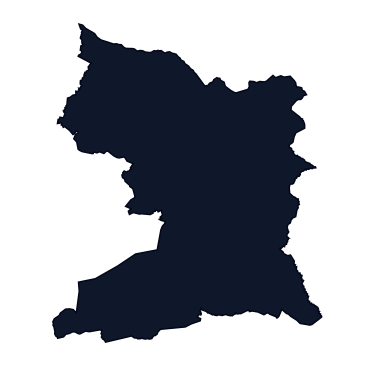 Chai Badan, Lop Buri, Thailand, rotated 95°
{"feature_id": "78962969B13001003054051", "entity_name": "Chai Badan", "entity_type": "district", "adm_level": 2, "iso_a3": "THA", "parent_name": "Thailand", "parent_adm1": "Lop Buri", "projection": "robinson", "projection_center": [101.171, 15.202], "detail": "fine", "context": "isolated", "style": "filled", "palette": "ink", "viewbox_px": 384, "rotation_deg": 95, "n_neighbors": 0, "source": "geoboundaries", "source_scale": "gbopen_adm2", "svg_char_len": 5858}
<svg xmlns="http://www.w3.org/2000/svg" viewBox="0 0 384 384"><g transform="rotate(95 192 192)"><path d="M305.5,52.2L305.0,52.5L304.4,52.0L302.9,53.6L302.3,53.4L301.8,55.3L300.0,54.5L299.1,56.3L297.9,55.7L296.0,56.7L294.6,59.2L295.1,59.7L293.9,60.3L293.9,61.3L293.3,61.5L293.1,63.6L292.4,63.5L292.6,64.3L292.0,65.1L291.3,65.7L290.7,65.4L290.4,66.5L288.9,67.4L287.1,67.1L286.7,67.9L286.7,67.3L285.7,66.8L284.9,68.5L283.5,68.0L282.4,69.6L281.6,69.6L281.7,70.8L281.2,70.1L280.0,71.5L279.0,70.8L278.5,72.0L276.2,72.4L275.7,73.2L276.1,73.5L275.0,73.5L274.1,74.6L269.9,72.9L270.8,73.9L270.4,74.7L269.2,74.7L268.0,76.0L267.3,75.3L265.5,75.2L264.9,77.0L263.3,77.4L263.6,79.1L261.2,80.1L260.6,81.3L257.4,81.3L257.8,82.1L256.9,82.5L256.6,83.5L255.7,83.6L255.4,82.9L254.6,84.2L251.9,84.1L246.2,88.4L247.1,91.1L246.5,92.7L245.4,95.2L243.6,96.2L241.4,99.8L240.0,99.3L240.5,98.4L237.8,96.1L238.3,95.1L236.7,94.9L235.8,93.3L234.2,93.2L233.0,92.4L232.2,92.8L230.3,91.8L229.3,92.2L229.3,91.8L227.9,93.7L226.1,93.7L223.5,92.2L222.6,92.4L222.0,93.5L220.8,93.3L219.3,94.2L216.0,93.6L214.3,91.4L211.4,90.9L209.2,89.5L207.5,86.6L200.6,85.9L198.4,84.8L196.4,85.5L195.0,84.0L193.4,85.1L193.3,84.6L192.1,84.6L191.8,85.2L189.7,85.5L189.6,87.0L188.0,89.4L188.1,90.3L184.8,94.6L179.3,95.5L176.2,95.2L175.5,94.6L175.4,92.9L174.5,91.6L171.2,90.4L170.3,90.8L169.0,89.0L167.2,88.4L167.0,86.6L165.1,85.6L164.1,86.2L162.0,84.5L161.5,83.0L159.9,81.4L160.2,80.3L159.2,80.3L159.2,77.8L157.9,75.6L158.3,74.4L157.8,74.1L157.1,70.8L156.2,71.2L156.4,72.3L155.7,73.9L155.2,73.9L154.1,76.5L153.3,77.0L152.2,81.3L151.4,82.4L150.4,82.7L149.0,84.9L148.8,86.9L147.8,87.5L147.5,89.2L146.4,90.2L146.9,90.7L146.1,93.1L143.8,94.7L143.1,94.2L141.7,96.2L139.9,96.7L138.7,99.4L135.8,98.7L135.1,97.2L133.3,95.7L128.0,95.1L123.9,93.6L118.6,85.3L114.8,85.7L111.1,87.4L111.1,88.4L109.6,88.3L109.3,89.9L107.8,91.3L101.8,100.5L98.1,100.6L91.9,96.1L90.6,94.3L90.3,91.7L88.9,90.4L86.4,89.4L85.1,86.4L81.9,88.7L81.1,91.0L78.6,91.9L78.1,95.3L78.5,96.6L76.2,97.8L76.2,98.3L74.6,98.0L72.4,99.6L68.1,104.3L69.5,110.1L68.5,113.7L70.6,118.1L70.6,119.1L68.8,121.5L75.1,127.5L76.0,129.2L76.0,134.1L77.5,137.3L76.6,139.8L76.6,144.1L78.1,144.8L82.2,144.1L84.9,145.3L89.3,156.3L89.3,158.2L87.6,162.0L83.8,168.1L79.8,169.6L78.3,173.1L76.3,174.3L76.4,176.2L75.9,177.1L78.1,180.0L80.4,180.8L82.2,184.1L84.3,185.1L85.3,188.5L73.9,198.5L72.7,200.3L70.8,201.3L69.3,204.2L66.8,206.5L64.8,210.2L62.7,211.4L61.5,214.4L59.4,215.8L58.8,217.2L56.1,219.9L55.4,224.1L54.3,226.5L54.9,229.2L56.1,231.0L53.8,235.1L54.2,236.5L53.9,238.3L54.7,240.0L54.5,242.1L56.3,244.5L56.8,246.5L56.6,251.1L55.7,253.0L55.5,255.6L56.4,259.0L54.6,261.7L54.3,263.6L54.7,270.3L53.9,272.4L51.4,275.3L51.5,278.3L50.9,279.7L51.4,283.1L48.5,295.8L46.2,299.9L42.7,302.8L38.3,312.1L35.3,315.5L34.6,319.2L39.3,317.1L40.0,315.2L42.8,316.0L44.1,315.4L45.0,316.1L46.4,315.7L46.6,316.4L48.4,316.6L50.2,314.9L53.4,314.6L54.8,313.1L56.1,315.4L60.5,315.6L60.9,314.5L62.1,313.9L64.3,314.7L65.5,316.8L66.7,317.2L72.4,303.7L76.4,306.3L79.6,305.6L80.8,307.7L81.8,307.6L82.0,309.0L84.8,309.8L85.3,309.0L85.6,309.6L86.3,309.4L88.1,311.1L88.4,310.6L89.9,311.2L90.7,312.8L92.0,312.1L92.2,312.9L94.2,312.7L95.2,311.3L98.6,312.7L98.5,313.8L99.6,313.1L99.8,313.8L100.4,313.5L101.7,314.4L101.8,316.1L102.5,315.6L102.0,316.5L105.2,316.1L105.8,318.9L108.3,321.7L109.3,324.2L116.4,324.2L117.0,325.0L118.7,325.0L119.0,325.9L120.4,325.3L120.9,326.3L122.5,326.5L122.5,327.1L123.7,326.5L123.3,325.8L123.9,325.2L129.3,326.5L129.0,330.1L130.7,330.2L131.4,331.7L135.5,332.0L134.5,328.1L135.6,327.5L136.6,328.1L137.2,326.6L138.8,325.9L138.0,324.7L138.2,324.1L141.2,319.5L145.1,315.6L144.2,314.3L141.6,312.6L141.4,311.1L142.7,310.4L145.0,313.1L149.3,314.4L152.3,311.1L159.2,309.2L160.2,307.9L161.3,305.1L162.5,294.7L162.3,293.8L160.7,293.3L161.3,290.1L160.0,287.6L161.3,283.1L158.9,281.0L158.6,279.4L162.9,272.9L164.2,269.7L164.4,267.5L163.1,263.2L163.3,262.1L166.9,259.4L168.9,253.1L173.4,255.5L174.7,254.4L175.4,255.9L176.4,256.3L177.1,258.2L178.0,258.4L177.0,261.4L179.0,262.7L180.8,262.2L181.2,263.3L183.9,262.4L184.1,261.3L186.1,259.7L187.1,259.7L190.7,254.8L192.1,254.3L193.7,251.3L201.1,248.5L202.7,248.7L205.2,252.2L212.1,256.9L214.0,251.2L216.7,253.7L219.8,252.4L217.6,248.6L218.6,242.3L218.1,240.9L218.1,231.7L216.4,229.0L215.4,229.7L214.4,226.9L213.6,227.1L213.1,224.9L214.7,224.0L212.9,221.0L217.7,219.4L219.8,221.5L220.9,220.0L222.0,222.2L222.8,220.8L223.8,216.1L225.9,216.5L228.7,218.6L232.5,219.7L252.7,221.6L258.7,242.8L272.3,259.7L286.8,280.7L291.7,297.2L300.6,295.7L321.5,296.6L322.3,296.8L319.5,300.1L319.1,303.7L319.7,307.7L324.1,312.6L326.6,313.5L330.3,318.1L333.5,319.3L335.5,318.5L336.8,318.9L338.0,317.9L343.0,316.4L345.5,316.3L347.7,314.8L348.0,313.7L349.4,313.1L347.5,307.3L344.7,305.3L343.6,301.8L341.9,299.1L341.5,296.6L343.2,292.4L343.1,291.2L339.9,286.0L340.1,282.0L337.4,272.0L337.6,270.1L339.6,269.7L340.9,270.3L342.6,269.1L344.4,269.6L346.1,268.3L347.4,266.1L349.1,265.1L340.7,239.7L342.4,236.6L342.3,234.2L343.0,233.2L342.6,230.5L342.0,229.9L342.6,225.7L342.0,224.0L342.2,221.4L341.5,219.3L338.4,217.6L338.3,216.3L336.8,214.5L334.2,213.7L331.5,211.4L327.0,186.9L323.3,181.0L319.6,172.6L317.4,172.4L316.4,175.4L313.5,174.9L313.7,172.5L312.8,172.1L310.7,172.8L310.0,173.8L307.3,172.9L308.6,171.8L309.6,167.7L310.3,166.8L310.0,165.9L311.2,165.6L311.0,164.8L312.6,160.8L312.0,159.4L312.6,159.1L312.9,157.4L312.7,155.9L312.0,155.0L312.4,151.3L310.9,147.2L311.3,147.0L311.9,143.6L311.7,140.9L309.5,138.6L309.7,137.9L308.9,137.8L309.5,135.6L308.8,133.8L309.0,132.9L305.5,127.1L304.8,125.0L306.1,124.4L305.3,121.5L305.8,115.8L308.0,109.6L306.0,106.9L305.9,105.4L306.9,104.1L309.0,97.2L310.0,96.8L309.9,95.9L308.1,94.6L301.1,92.3L304.7,87.5L305.3,85.2L307.2,82.9L310.6,76.4L313.5,72.9L314.3,63.0L313.5,60.9L305.5,52.2Z" fill="#0f172a" stroke="#020617" stroke-width="1.5"/></g></svg>